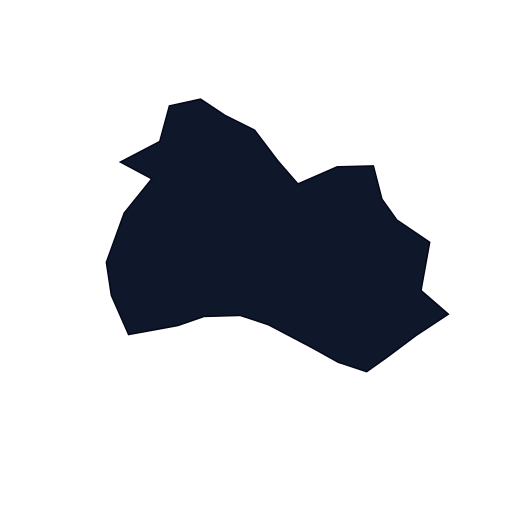 Kanli, Cyprus (Mercator projection), rotated 319°
{"feature_id": "46923920B42902060181801", "entity_name": "Kanli", "entity_type": "district", "adm_level": 2, "iso_a3": "CYP", "parent_name": "Cyprus", "parent_adm1": "", "projection": "mercator", "projection_center": [33.257, 35.232], "detail": "fine", "context": "isolated", "style": "filled", "palette": "ink", "viewbox_px": 512, "rotation_deg": 319, "n_neighbors": 0, "source": "geoboundaries", "source_scale": "gbopen_adm2", "svg_char_len": 529}
<svg xmlns="http://www.w3.org/2000/svg" viewBox="0 0 512 512"><g transform="rotate(319 256 256)"><path d="M363.0,426.1L357.9,390.3L396.1,359.6L385.9,321.2L388.4,295.6L403.7,265.0L375.7,241.9L334.9,229.1L334.9,198.4L337.5,160.1L324.8,129.4L317.1,101.2L289.1,85.9L258.5,106.4L215.3,96.1L228.0,129.4L184.7,137.1L138.9,162.6L121.0,190.8L108.3,231.7L151.6,257.3L177.1,267.5L205.1,290.5L220.3,316.1L238.2,362.2L248.4,390.3L263.6,415.9L289.1,418.4L324.8,421.0L363.0,426.1Z" fill="#0f172a" stroke="#020617" stroke-width="1.5"/></g></svg>